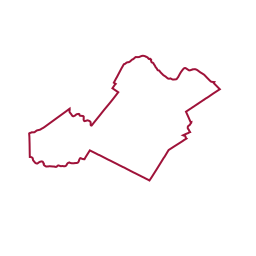 the district of Galateni, Teleorman, Romania, rotated 147°
{"feature_id": "2599482B36470175695106", "entity_name": "Galateni", "entity_type": "district", "adm_level": 2, "iso_a3": "ROU", "parent_name": "Romania", "parent_adm1": "Teleorman", "projection": "natural_earth1", "projection_center": [25.383, 44.233], "detail": "fine", "context": "isolated", "style": "outline", "palette": "rose", "viewbox_px": 256, "rotation_deg": 147, "n_neighbors": 0, "source": "geoboundaries", "source_scale": "gbopen_adm2", "svg_char_len": 5573}
<svg xmlns="http://www.w3.org/2000/svg" viewBox="0 0 256 256"><g transform="rotate(147 128 128)"><path d="M87.5,183.1L88.8,182.9L89.9,182.7L90.8,182.7L91.5,182.8L92.5,183.3L93.4,183.6L94.1,183.6L94.5,183.5L95.4,183.4L95.9,183.5L96.4,183.7L96.7,183.7L97.0,183.6L101.1,181.5L110.0,176.5L110.7,176.2L115.2,173.7L114.3,171.7L115.3,171.5L119.4,169.8L118.7,168.1L116.7,163.3L124.4,160.6L129.2,159.0L137.9,156.3L141.8,155.0L144.7,154.0L144.8,154.0L145.0,153.9L147.2,153.2L148.4,152.8L153.3,151.2L156.5,150.1L156.9,150.0L157.2,149.9L157.5,150.1L157.6,150.3L157.7,150.5L157.6,151.0L156.9,152.0L156.3,153.1L156.2,153.3L156.2,153.9L156.4,154.5L156.6,155.0L157.2,155.8L157.6,156.3L158.0,156.6L158.4,156.7L158.9,156.8L160.1,157.2L160.6,157.4L160.8,157.5L160.9,157.9L160.9,158.4L160.7,159.1L160.5,159.5L160.0,160.0L159.8,160.5L159.6,160.8L159.1,161.3L159.0,161.5L159.0,162.1L159.1,162.4L159.5,162.8L161.4,164.3L161.6,164.5L161.7,164.8L161.7,165.0L161.4,165.9L161.3,166.1L161.4,166.3L161.5,166.5L161.9,166.8L162.6,167.1L163.2,167.4L164.3,167.5L165.5,167.3L165.8,167.3L166.1,167.4L167.2,167.5L167.6,167.7L167.9,168.1L168.0,168.3L168.1,168.9L168.1,169.6L168.1,170.0L168.1,170.5L168.2,171.4L168.3,172.4L168.3,173.3L168.2,173.5L167.7,174.3L167.2,174.8L166.8,175.3L166.4,176.0L170.7,175.7L182.5,175.1L197.5,174.3L199.3,174.3L201.2,174.5L202.2,174.4L203.3,174.7L205.2,175.4L206.0,175.6L208.7,175.4L209.9,176.0L211.3,176.9L212.0,176.9L212.4,177.0L212.7,177.2L213.5,177.3L213.8,177.3L213.9,177.2L215.5,174.3L219.3,168.1L224.4,160.0L226.1,157.2L225.6,156.9L225.0,156.2L224.8,155.9L224.6,155.5L224.5,155.2L224.4,154.8L224.4,154.6L224.5,154.2L225.0,153.2L225.1,152.9L225.1,152.0L224.9,150.4L224.8,149.5L224.6,148.9L224.1,148.2L223.8,147.9L223.6,147.7L223.3,147.6L222.5,147.6L221.5,147.7L220.1,147.6L219.7,147.4L218.9,147.2L218.0,146.4L217.9,146.2L217.9,145.6L218.1,144.9L218.0,144.6L217.9,144.3L217.9,144.2L218.0,143.8L218.1,143.7L218.3,143.6L218.5,143.4L218.6,143.1L218.6,142.4L217.9,140.7L217.7,140.4L217.4,140.1L216.7,139.8L216.2,139.4L215.6,139.1L215.0,138.9L214.5,138.6L212.2,136.8L211.2,136.1L210.9,135.9L210.5,135.5L210.3,135.1L209.7,134.7L209.4,134.5L209.0,134.4L207.5,134.7L207.0,134.6L206.6,134.4L206.1,133.7L205.5,133.0L205.2,132.6L204.6,132.3L204.3,132.1L203.5,131.7L203.4,131.6L203.1,131.3L202.7,130.9L202.3,130.7L202.0,130.4L201.8,130.3L201.3,130.2L201.0,130.1L200.5,130.2L200.2,130.3L199.7,130.4L198.9,130.9L198.5,131.1L197.8,131.3L196.9,131.3L196.0,131.0L196.0,130.9L195.7,130.5L195.1,129.8L194.8,129.4L193.4,128.4L192.8,128.0L192.5,127.8L192.0,127.7L189.9,126.5L189.5,126.4L188.7,126.3L188.2,126.5L187.6,126.8L187.3,127.0L186.1,128.0L185.5,128.3L185.1,128.5L184.9,128.6L184.4,128.7L184.2,128.5L183.9,128.2L183.4,127.3L183.2,127.0L182.9,126.8L182.7,126.5L182.0,126.1L182.0,125.8L181.9,125.7L181.5,125.5L180.5,126.1L178.9,126.9L172.2,130.0L168.8,124.2L167.3,121.5L167.2,121.4L167.0,121.2L166.9,121.1L165.1,118.0L164.5,116.9L163.8,115.7L162.0,112.5L160.5,110.1L158.2,106.1L158.0,105.8L156.5,103.2L155.4,101.2L154.7,100.1L153.5,98.0L152.9,97.2L152.7,96.8L152.5,96.5L151.8,95.2L151.2,94.1L150.7,93.2L150.3,92.6L149.4,90.9L148.0,88.5L147.7,87.9L146.8,86.5L144.6,82.7L143.7,81.2L143.2,80.3L142.5,79.1L141.4,77.3L141.0,76.5L139.7,74.3L139.5,74.0L138.6,72.3L135.3,73.7L125.9,78.0L117.0,82.2L114.5,83.4L112.9,84.0L107.6,86.6L105.9,87.4L99.9,87.4L91.9,87.3L88.3,87.3L88.2,87.4L85.5,87.3L84.7,87.3L84.8,87.6L84.8,88.5L84.7,89.0L84.5,89.3L84.5,89.5L84.4,89.9L84.4,90.0L84.5,90.5L85.1,91.0L85.4,91.3L85.8,91.9L81.7,91.3L80.4,91.0L78.4,90.9L78.2,90.8L78.1,91.5L78.2,92.4L78.1,92.8L78.0,93.1L78.0,93.6L78.0,93.9L78.1,94.6L78.1,94.9L78.0,95.3L77.6,95.9L77.4,96.2L77.2,96.4L76.8,96.7L76.4,96.8L75.8,96.9L75.1,96.9L74.6,97.0L74.4,97.0L74.1,97.1L73.4,97.5L73.2,97.6L72.2,97.9L72.0,98.0L71.8,98.4L71.7,98.5L72.3,98.7L71.4,104.2L70.5,110.1L53.3,110.3L46.2,110.4L44.9,110.3L37.5,110.5L29.9,110.5L31.0,115.9L31.5,118.3L31.6,119.4L30.8,119.4L30.6,119.5L32.6,121.1L32.9,121.4L33.0,121.5L33.3,122.3L33.6,123.5L34.3,126.9L35.0,130.6L35.2,131.4L36.3,133.8L37.0,135.2L37.2,135.7L37.4,136.3L37.8,137.3L38.2,138.5L38.4,138.9L38.8,139.7L39.4,140.4L39.5,140.6L39.7,140.8L40.2,141.1L42.1,142.1L42.5,142.0L43.4,142.3L44.3,142.5L44.7,142.7L45.3,143.0L45.5,143.3L45.7,143.7L45.9,144.2L46.6,145.8L47.1,146.9L47.3,147.0L47.7,147.3L48.1,147.5L48.7,147.5L49.7,147.3L50.3,147.1L51.2,146.8L53.3,146.0L55.1,145.1L57.3,143.9L58.3,143.3L58.7,143.3L58.9,143.2L60.0,142.7L60.4,142.6L60.9,142.6L61.3,142.7L63.5,143.9L64.0,144.2L64.4,144.7L65.2,146.1L65.3,146.4L65.5,146.5L66.2,146.7L67.1,147.3L67.3,147.4L67.5,147.7L68.1,149.3L68.4,150.5L68.9,151.6L69.1,152.0L69.6,153.2L69.7,153.7L69.8,154.2L69.9,154.8L70.1,155.4L70.1,155.7L70.3,156.5L70.4,157.2L70.5,158.7L70.5,159.0L70.7,159.4L70.9,159.5L71.2,159.8L71.4,160.0L71.5,160.3L71.6,160.5L71.6,161.2L71.5,161.6L71.5,162.1L71.5,162.5L71.6,163.1L71.6,163.5L71.7,163.9L71.7,164.3L71.5,165.5L71.5,166.6L71.6,167.1L71.5,167.5L71.5,168.0L71.4,168.4L71.5,168.8L71.7,169.2L71.7,169.3L72.0,169.6L72.4,170.3L72.3,170.7L72.2,171.2L72.0,171.9L71.9,172.4L71.5,172.5L71.4,172.6L71.4,172.8L71.5,173.4L71.7,174.0L71.9,174.1L72.0,174.2L72.3,174.2L72.7,174.3L72.8,174.4L72.9,174.6L73.0,174.9L73.0,175.4L73.2,176.0L73.1,176.3L73.4,176.9L73.6,177.4L73.8,177.7L74.1,177.9L74.2,178.3L74.4,178.5L74.5,178.8L74.8,179.1L75.2,179.6L75.6,180.0L76.2,180.5L77.4,181.0L78.5,181.2L80.1,181.5L81.4,182.2L81.6,182.4L82.0,182.7L82.6,183.0L82.9,183.3L83.4,183.3L83.6,183.3L83.9,183.2L84.4,183.2L85.8,182.9L86.3,182.9L86.6,183.1L86.9,183.1L87.0,183.1L87.5,183.1Z" fill="none" stroke="#9f1239" stroke-width="2"/></g></svg>